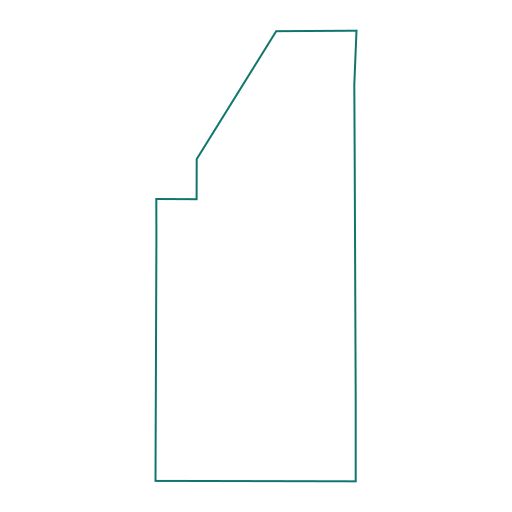 the district of Piatt, Illinois, United States of America
{"feature_id": "52423323B52608022104094", "entity_name": "Piatt", "entity_type": "district", "adm_level": 2, "iso_a3": "USA", "parent_name": "United States of America", "parent_adm1": "Illinois", "projection": "orthographic", "projection_center": [-88.573, 40.037], "detail": "fine", "context": "isolated", "style": "outline", "palette": "teal", "viewbox_px": 512, "rotation_deg": 0, "n_neighbors": 0, "source": "geoboundaries", "source_scale": "gbopen_adm2", "svg_char_len": 280}
<svg xmlns="http://www.w3.org/2000/svg" viewBox="0 0 512 512"><path d="M348.0,481.3L355.7,481.3L355.7,401.1L354.7,159.2L354.3,84.7L356.5,30.7L276.2,31.2L196.7,159.1L196.6,199.2L156.3,199.0L156.4,239.1L155.5,480.9L348.0,481.3Z" fill="none" stroke="#0f766e" stroke-width="2"/></svg>